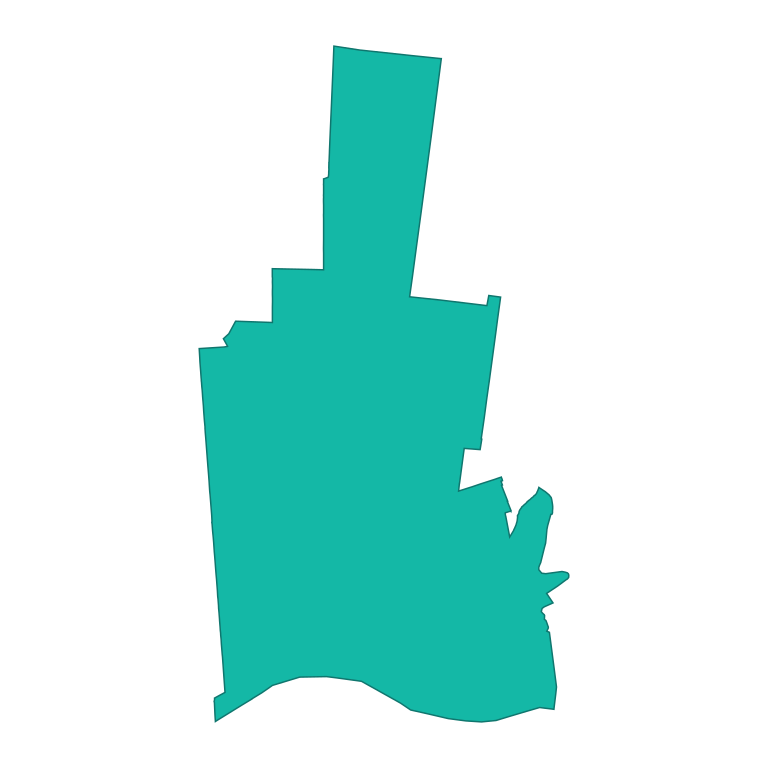 Calarasi, Calarasi, Romania
{"feature_id": "2599482B19108190485382", "entity_name": "Calarasi", "entity_type": "district", "adm_level": 2, "iso_a3": "ROU", "parent_name": "Romania", "parent_adm1": "Calarasi", "projection": "equal_earth", "projection_center": [27.34, 44.223], "detail": "fine", "context": "isolated", "style": "filled", "palette": "teal", "viewbox_px": 768, "rotation_deg": 0, "n_neighbors": 0, "source": "geoboundaries", "source_scale": "gbopen_adm2", "svg_char_len": 4322}
<svg xmlns="http://www.w3.org/2000/svg" viewBox="0 0 768 768"><path d="M441.3,58.6L440.8,58.6L410.8,55.5L361.3,50.2L360.1,50.1L333.9,46.1L333.3,61.1L331.5,103.6L330.3,131.0L329.5,149.9L329.4,153.3L329.2,158.2L329.1,160.5L329.1,161.6L328.9,162.2L328.9,162.8L328.9,163.1L328.9,163.9L328.8,167.7L328.9,169.4L328.7,172.0L328.7,173.8L328.5,175.8L328.3,177.1L327.8,177.4L323.8,178.9L323.6,178.9L323.6,181.8L323.6,183.1L323.5,184.5L323.6,185.8L323.6,187.7L323.6,189.3L323.6,191.0L323.6,193.5L323.5,195.4L323.6,197.1L323.5,198.8L323.5,201.6L323.6,205.3L323.6,207.1L323.6,211.3L323.6,213.1L323.5,214.9L323.6,218.7L323.6,229.3L323.6,239.5L323.5,248.7L323.6,253.4L323.6,254.9L323.6,266.1L323.6,269.8L311.6,269.5L272.3,268.7L272.3,271.8L272.3,276.5L272.3,276.9L272.5,278.0L272.4,282.0L272.5,285.4L272.5,287.6L272.4,290.9L272.4,294.7L272.5,298.0L272.5,302.1L272.4,306.8L272.4,313.5L272.4,318.4L272.4,321.4L272.4,322.5L235.6,321.2L228.8,333.8L223.4,338.7L227.6,346.3L227.1,346.6L226.2,346.6L224.2,347.0L199.2,348.6L199.7,357.1L200.0,362.7L200.7,371.7L201.1,377.6L201.3,379.6L201.3,380.7L201.5,382.3L201.8,386.5L202.2,390.4L202.4,393.2L202.6,396.5L203.1,402.5L203.4,406.1L203.7,411.3L204.4,420.6L205.0,426.8L205.0,428.4L205.1,429.9L205.3,432.9L205.8,438.9L206.5,448.1L207.2,457.3L207.8,465.1L208.6,475.0L209.1,481.6L209.3,485.0L209.7,491.2L210.1,495.1L211.7,515.4L212.0,521.3L211.8,522.2L212.1,524.3L212.6,531.0L213.2,537.0L213.7,543.1L214.3,552.0L214.7,556.5L214.9,559.0L215.3,564.2L215.6,568.4L216.1,574.7L216.5,579.0L217.0,585.7L217.4,590.8L217.7,596.5L217.8,597.3L218.0,598.9L218.2,601.6L218.5,605.5L218.6,608.3L219.0,612.5L219.5,619.2L219.6,621.0L220.1,627.2L220.2,628.8L220.3,630.4L220.6,633.0L220.7,635.3L221.1,639.2L221.2,640.9L221.4,644.4L221.9,650.3L222.2,654.2L222.5,657.0L225.0,692.4L219.8,695.2L214.5,698.1L214.6,699.3L214.1,701.7L214.4,702.4L215.0,715.3L215.4,721.5L216.0,721.1L217.1,720.4L220.0,718.6L227.6,713.9L237.3,707.9L242.5,704.7L251.9,699.0L251.8,698.9L261.8,692.8L271.6,686.0L272.4,685.4L284.9,681.6L299.7,677.1L326.5,676.6L336.1,677.8L357.3,680.7L361.5,681.3L388.9,696.6L400.5,703.1L410.7,710.0L429.4,714.2L448.3,718.6L465.9,720.9L481.5,721.9L495.9,720.5L496.0,720.5L509.1,716.5L526.6,711.3L539.6,707.5L544.3,708.1L551.7,709.0L553.9,709.3L553.9,709.2L555.7,694.4L556.5,687.0L554.1,668.2L549.4,632.3L546.8,631.2L548.3,628.0L548.3,627.0L547.8,625.7L546.7,622.5L546.1,620.9L545.8,620.4L544.4,619.3L544.6,615.5L544.3,614.8L542.5,613.1L541.3,611.7L542.1,608.4L544.3,606.8L553.0,602.9L546.6,593.4L557.7,586.0L566.3,579.6L567.0,579.3L568.0,578.3L568.7,577.3L568.8,575.1L568.4,573.8L567.3,572.8L565.0,572.1L562.0,571.5L545.7,573.7L541.7,573.2L538.8,569.7L538.8,567.3L539.5,565.3L540.7,562.6L544.3,548.0L545.6,543.2L546.1,538.5L546.9,529.5L547.7,525.5L550.8,514.5L550.8,514.4L551.2,514.4L552.0,514.2L552.5,512.9L552.5,511.0L552.7,508.7L552.7,506.3L552.5,504.4L551.8,500.0L551.4,498.3L551.1,497.4L550.5,496.7L549.1,494.9L545.3,491.7L539.7,488.0L538.9,487.4L538.8,487.7L538.8,487.8L538.6,488.4L538.1,489.7L538.0,490.0L537.7,490.8L537.3,491.5L537.0,492.3L536.5,493.4L536.0,494.1L534.8,495.4L534.4,495.4L532.8,497.2L531.6,498.0L530.2,499.4L529.7,499.8L529.2,500.2L528.7,500.4L527.5,501.7L527.3,501.6L526.0,503.3L523.9,505.0L523.5,505.5L521.7,507.0L521.5,507.6L519.9,509.8L519.3,511.0L519.1,511.5L519.0,512.3L518.8,513.3L518.3,514.3L517.5,515.5L517.4,516.0L517.6,516.8L517.5,517.7L517.4,518.7L517.1,521.2L516.5,523.2L516.1,524.7L515.7,525.7L514.3,528.9L514.1,529.1L513.5,530.7L509.7,537.0L505.8,516.5L505.7,516.5L505.2,513.7L505.3,512.8L510.9,511.0L511.0,511.2L511.1,510.8L511.0,510.6L510.0,508.1L507.3,501.3L507.7,501.2L501.5,485.3L502.4,485.0L501.5,482.6L501.0,481.2L502.2,480.8L502.3,480.8L502.5,480.7L502.2,479.6L502.1,479.1L501.8,478.5L501.5,477.7L501.3,477.1L501.1,477.2L500.3,477.4L499.7,477.6L499.3,477.8L498.9,477.9L498.5,478.0L498.2,478.2L497.6,478.3L496.3,478.8L496.0,478.9L495.2,479.2L480.3,484.0L471.8,486.9L469.8,487.5L459.8,490.7L458.6,491.1L459.4,483.4L459.5,483.4L459.8,481.3L464.2,448.4L480.1,449.6L481.8,439.1L481.2,438.9L484.3,417.4L486.8,398.4L489.3,380.8L495.7,333.4L497.4,320.4L500.6,297.1L488.8,295.5L486.9,305.6L486.7,305.6L463.4,302.8L440.0,300.0L409.6,296.8L412.5,276.1L416.8,244.0L421.2,211.6L431.3,135.7L436.3,97.1L439.6,71.8L441.3,58.6Z" fill="#14b8a6" stroke="#0f766e" stroke-width="1.5"/></svg>